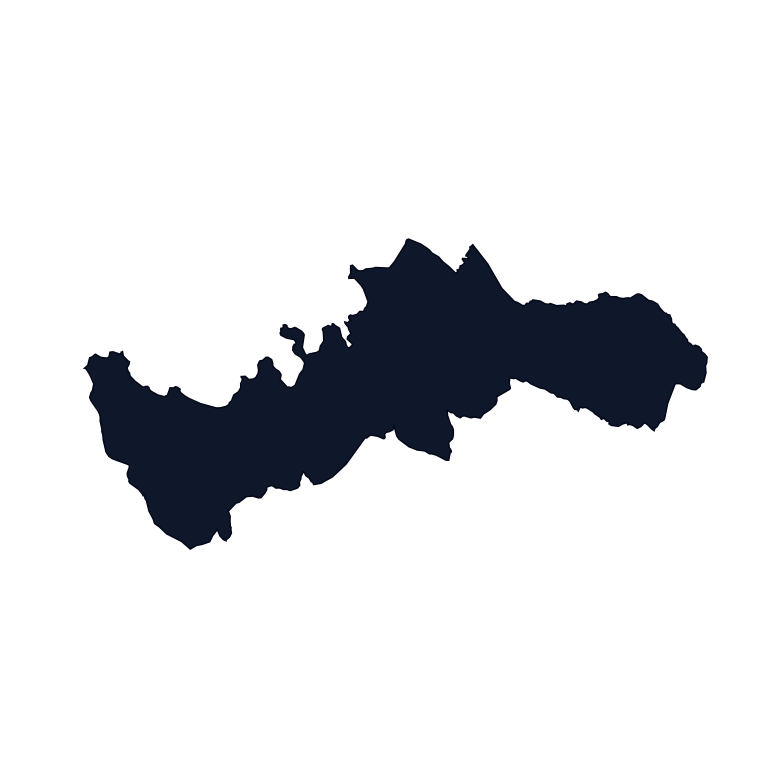 Magu, Mwanza, United Republic of Tanzania, rotated 320°
{"feature_id": "72390352B80484439449184", "entity_name": "Magu", "entity_type": "district", "adm_level": 2, "iso_a3": "TZA", "parent_name": "United Republic of Tanzania", "parent_adm1": "Mwanza", "projection": "equal_earth", "projection_center": [33.405, -2.609], "detail": "fine", "context": "isolated", "style": "filled", "palette": "ink", "viewbox_px": 768, "rotation_deg": 320, "n_neighbors": 0, "source": "geoboundaries", "source_scale": "gbopen_adm2", "svg_char_len": 6171}
<svg xmlns="http://www.w3.org/2000/svg" viewBox="0 0 768 768"><g transform="rotate(320 384 384)"><path d="M118.6,343.4L120.1,349.2L121.2,359.1L127.8,374.7L129.5,385.9L136.8,387.2L141.3,389.8L149.1,392.8L155.4,390.0L162.8,388.4L160.7,394.8L160.9,399.8L162.2,402.6L163.0,401.8L167.0,402.0L171.2,400.2L173.6,396.4L174.4,396.0L175.0,394.0L177.9,390.0L181.2,386.3L183.0,381.3L194.3,380.1L196.8,381.4L206.2,381.8L211.3,385.4L214.8,390.7L216.7,392.0L223.0,390.9L226.2,389.5L227.8,387.6L232.3,389.3L233.5,390.9L234.2,394.1L237.5,396.8L239.2,400.1L241.8,402.2L243.8,405.4L250.9,408.1L254.3,407.4L256.1,404.7L259.3,403.2L260.8,401.6L265.9,399.4L266.3,399.7L265.2,403.8L266.2,408.0L265.5,412.2L266.1,412.6L266.1,414.1L265.5,415.8L271.8,419.5L284.9,422.0L303.4,421.0L334.7,413.1L336.2,414.3L339.4,414.2L341.3,414.9L345.7,420.1L348.3,425.4L349.3,426.0L350.5,425.6L352.1,422.9L354.4,422.3L357.7,424.0L361.4,424.8L364.8,422.4L360.4,432.1L360.0,435.9L362.8,448.1L367.1,456.0L372.1,461.3L374.1,466.9L375.6,468.0L378.5,472.3L382.5,482.1L384.5,484.0L390.0,479.5L391.9,479.3L392.7,478.2L393.2,474.5L395.4,471.1L396.5,470.3L401.3,470.0L404.0,468.0L407.6,463.8L408.7,461.2L409.1,457.5L412.4,449.0L415.6,444.6L416.7,448.5L418.7,450.9L419.0,455.1L420.7,458.9L423.2,459.0L425.0,459.9L428.8,465.7L432.3,467.6L435.9,472.1L440.9,470.9L448.5,471.8L456.6,471.3L459.7,469.4L462.3,466.3L476.7,468.8L478.0,468.5L480.5,463.8L484.4,460.0L486.6,463.0L488.7,464.3L490.2,468.7L491.9,471.8L494.3,472.3L495.7,474.0L496.6,478.2L500.9,487.2L504.2,491.3L506.1,497.8L508.3,500.3L508.5,505.4L511.0,507.7L512.2,510.6L515.0,513.7L515.4,516.8L513.8,524.1L513.9,526.1L515.5,527.7L515.4,529.6L519.6,527.7L520.7,529.9L522.8,531.0L524.1,532.8L526.4,540.0L526.3,541.9L528.1,548.4L527.8,550.8L530.6,551.7L530.7,555.5L532.2,556.9L532.0,558.1L530.7,559.1L531.4,561.6L536.3,567.1L541.5,568.1L545.3,569.9L544.5,571.9L546.8,573.4L548.3,576.3L549.5,580.7L553.5,581.7L558.6,581.1L559.7,584.1L560.1,590.4L560.9,593.4L563.1,592.1L566.0,592.2L570.4,590.6L575.1,591.6L576.8,590.8L588.8,581.2L606.5,571.4L607.8,571.3L611.1,574.1L613.7,581.3L616.6,586.3L619.2,588.9L624.5,589.0L626.7,587.3L629.8,587.3L630.1,587.9L637.7,582.5L642.0,576.6L644.4,575.5L648.8,571.2L648.9,567.1L648.1,563.3L649.4,561.3L649.3,557.7L647.6,554.8L647.3,555.1L646.6,554.1L646.3,554.6L644.8,553.4L644.8,550.5L643.6,547.2L644.9,545.0L644.7,542.6L645.4,539.2L644.8,536.3L645.1,529.7L644.6,527.4L645.1,525.2L643.9,523.6L644.0,521.7L646.0,518.9L647.3,514.8L645.7,512.9L645.8,511.4L644.9,510.7L644.4,508.7L644.2,503.2L644.9,498.5L642.7,492.8L640.4,490.1L638.6,481.3L637.1,478.9L635.5,477.7L628.0,476.7L626.0,474.6L621.9,472.1L619.5,469.3L618.2,466.6L613.8,463.0L613.3,461.5L613.5,458.7L612.7,456.2L609.9,455.6L606.6,453.6L605.6,453.7L604.4,456.2L601.9,456.7L597.9,455.8L594.0,453.5L591.0,453.4L588.9,451.1L588.0,448.1L584.7,444.2L580.5,444.5L579.2,443.2L578.6,441.3L575.5,440.3L574.7,441.4L573.7,441.1L572.0,439.0L566.5,434.9L563.1,429.2L561.6,428.9L559.0,426.3L557.1,421.1L552.0,415.2L550.4,415.6L549.1,414.7L547.1,415.6L545.0,413.8L542.5,414.5L540.6,413.0L538.8,407.7L536.9,404.4L535.7,386.4L540.6,358.8L541.5,334.4L540.3,334.4L539.6,335.5L538.9,334.4L537.8,334.3L536.7,336.1L530.1,337.8L529.1,338.5L530.0,339.8L529.2,342.4L524.9,338.3L524.2,338.8L523.9,342.3L523.1,343.2L520.4,343.3L518.2,342.5L516.8,344.0L516.2,343.8L515.7,344.9L513.3,343.7L512.7,345.2L510.1,345.6L509.2,335.9L507.7,328.6L507.5,321.6L504.9,314.6L504.9,310.9L504.1,307.1L502.1,300.5L496.0,288.8L494.3,288.2L492.9,288.7L490.4,290.6L470.8,297.0L463.4,298.4L461.8,298.0L452.3,289.2L449.8,288.2L444.0,284.2L440.7,283.7L438.4,282.1L437.2,280.8L436.6,278.5L436.2,272.7L434.4,272.0L429.5,277.9L426.0,279.2L425.0,280.5L429.5,284.0L429.9,293.5L429.4,297.9L424.8,310.7L420.7,313.3L417.5,313.8L416.0,315.0L414.4,315.0L412.1,312.8L408.0,313.4L403.7,311.3L402.5,309.5L400.4,309.5L399.4,310.9L398.9,314.1L397.6,313.5L395.6,313.9L393.9,311.3L393.2,312.5L393.1,317.7L392.1,319.4L391.2,323.6L390.2,324.3L386.6,324.4L384.7,326.0L385.6,333.0L384.7,333.7L381.4,334.1L380.0,333.6L379.6,332.6L380.1,329.7L381.7,326.9L381.6,320.9L385.8,312.6L384.1,307.7L384.0,305.5L383.1,304.6L381.7,306.0L380.1,305.6L378.8,303.3L373.2,302.0L372.0,302.4L371.2,304.8L365.5,312.4L359.7,314.0L356.0,316.9L353.1,316.7L345.9,312.9L343.2,312.6L343.0,310.2L344.9,303.5L354.4,295.1L354.9,293.2L354.7,290.4L352.6,284.3L351.9,283.2L348.5,282.2L346.7,280.6L346.3,278.1L347.1,276.9L346.9,276.0L346.2,274.8L344.6,274.1L343.1,276.3L340.9,275.1L340.1,275.6L338.9,277.5L337.2,278.2L336.4,280.3L338.7,285.9L343.7,292.3L343.4,295.1L342.5,296.4L341.3,297.0L340.8,295.9L338.3,296.9L335.8,299.5L335.3,303.8L337.4,309.7L337.2,314.9L336.6,317.0L331.3,321.0L325.9,322.1L315.1,327.9L310.5,327.2L309.0,325.0L307.9,324.5L307.4,313.8L311.0,310.8L311.4,309.6L311.7,306.7L310.5,302.7L310.3,298.9L312.1,296.6L313.6,293.1L312.3,288.9L310.7,287.7L306.3,287.9L303.7,286.5L302.3,287.0L299.6,288.3L297.0,292.5L294.5,295.0L289.9,296.7L286.9,296.1L284.0,294.2L283.2,293.1L282.7,289.0L279.4,286.5L278.9,287.1L279.0,288.8L277.2,290.4L274.5,291.5L272.1,294.6L267.7,296.4L261.8,295.9L256.4,298.9L253.8,298.9L251.9,300.0L248.7,299.7L243.2,297.0L240.0,294.4L230.8,281.1L225.3,269.7L223.6,264.8L222.7,259.8L223.2,257.7L224.5,256.9L223.7,253.7L222.6,252.1L220.0,251.6L217.7,249.4L210.8,253.5L207.6,252.5L203.8,247.3L201.6,241.7L200.8,239.2L201.0,236.9L201.6,235.9L201.4,233.9L199.4,232.3L198.5,232.7L197.0,230.6L195.0,221.6L194.6,214.6L196.1,212.1L196.1,210.0L197.4,206.5L201.1,205.1L203.4,203.3L202.8,201.9L202.3,195.1L204.5,191.1L203.0,190.7L202.1,191.6L200.7,191.1L197.1,185.2L194.6,183.5L190.8,186.4L188.5,186.2L184.1,181.5L182.1,175.7L177.1,175.5L175.5,174.6L169.2,179.2L164.7,179.4L165.4,180.2L165.3,182.9L164.6,187.9L161.8,197.3L156.7,201.5L153.5,202.6L149.9,205.1L148.8,208.5L147.6,220.9L146.8,224.0L145.4,227.0L142.9,229.7L138.9,237.3L137.4,238.9L135.7,242.6L133.1,246.2L127.4,257.3L126.8,262.6L127.3,264.9L128.4,267.6L136.8,282.1L135.5,284.0L129.9,287.4L128.4,289.6L127.2,293.7L126.1,294.4L125.6,296.4L128.3,307.1L128.2,312.7L127.7,314.7L128.7,315.0L127.3,318.4L127.1,320.5L122.2,330.4L120.5,338.7L118.6,343.4Z" fill="#0f172a" stroke="#020617" stroke-width="1.5"/></g></svg>